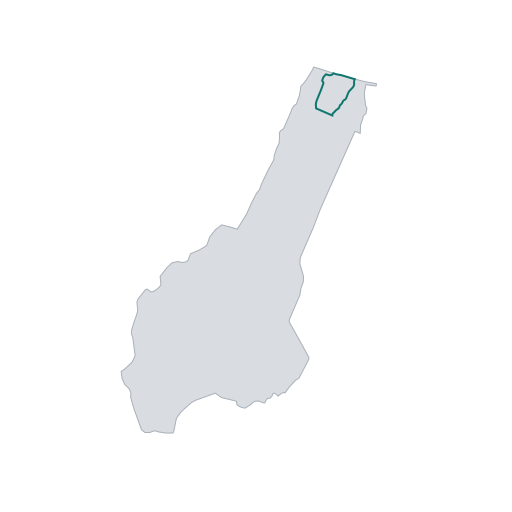 location of Atlantique within Benin, rotated 204°
{"feature_id": "BEN-2174", "entity_name": "Atlantique", "entity_type": "Department", "adm_level": 1, "iso_a3": "BEN", "parent_name": "Benin", "parent_adm1": "", "projection": "robinson", "projection_center": [2.175, 6.604], "detail": "fine", "context": "in_parent", "style": "outline", "palette": "teal", "viewbox_px": 512, "rotation_deg": 204, "n_neighbors": 0, "source": "natural_earth", "source_scale": "10m", "svg_char_len": 2654}
<svg xmlns="http://www.w3.org/2000/svg" viewBox="0 0 512 512"><g transform="rotate(204 256 256)"><path d="M216.1,462.4L215.4,460.1L225.3,457.2L223.2,448.4L217.1,438.0L214.7,436.1L213.5,430.9L215.0,427.5L214.3,425.2L213.8,418.2L210.7,410.5L216.3,410.1L216.3,385.3L216.3,361.4L216.3,341.0L216.3,324.9L215.2,305.6L215.1,291.4L214.9,272.8L212.9,266.9L204.5,257.0L202.3,251.9L201.9,245.1L200.0,238.1L199.9,225.9L199.7,211.6L199.0,209.4L189.9,202.6L177.1,193.0L167.4,185.6L166.7,185.1L165.7,183.3L167.1,161.6L169.2,158.8L172.3,149.9L173.8,142.7L175.2,142.7L177.2,140.4L178.8,136.9L180.5,137.7L183.3,138.3L184.6,137.1L184.4,134.5L185.4,131.8L187.6,130.6L188.2,128.2L188.2,125.4L190.2,124.7L193.5,124.8L196.1,123.9L198.3,122.5L201.1,116.9L202.7,114.9L203.2,113.5L204.8,112.3L209.1,111.7L212.7,112.2L214.9,115.4L230.1,112.6L237.3,114.2L252.0,100.1L255.3,96.0L259.8,86.0L261.3,82.2L262.7,75.4L259.8,62.7L259.9,60.5L266.0,57.7L273.6,55.6L276.5,55.4L278.4,54.4L281.2,51.6L285.7,49.6L288.4,50.3L290.0,50.7L305.9,67.4L312.9,75.8L314.7,80.2L318.3,83.3L323.6,85.2L328.4,89.5L332.2,95.6L329.7,99.9L326.0,108.8L325.9,115.8L334.8,130.4L335.8,131.9L338.1,134.2L339.3,136.9L340.4,144.1L341.0,152.2L341.7,157.7L346.0,165.4L346.3,168.5L343.4,180.0L342.7,181.2L341.9,181.5L337.3,180.5L335.3,181.8L332.8,185.7L331.3,189.6L331.2,191.2L335.3,198.4L332.7,208.9L330.1,215.4L325.3,219.1L321.1,220.0L318.1,221.7L316.4,224.0L316.7,231.5L310.4,238.2L307.0,243.0L305.3,245.9L306.0,254.6L303.8,263.5L299.9,270.5L291.3,272.0L284.0,272.9L281.6,290.7L281.7,301.9L281.0,313.5L279.8,318.1L280.3,324.8L279.8,339.7L278.8,351.5L280.1,354.6L280.9,361.6L280.8,368.7L282.7,373.7L284.7,378.0L284.6,380.3L283.6,381.7L282.6,383.5L282.7,400.4L283.0,405.4L282.5,408.6L280.9,411.3L281.6,419.8L282.8,425.2L284.1,429.3L282.9,432.6L281.8,437.0L280.2,448.3L280.1,452.2L255.3,454.9L227.7,459.5L216.1,462.4Z" fill="#d9dde1" stroke="#a8b0b8" stroke-width="1"/><path d="M259.6,454.4L256.5,454.7L251.8,455.9L237.7,457.7L237.7,457.1L237.5,455.9L237.0,454.2L236.1,452.7L235.9,450.6L236.2,449.2L237.5,445.5L237.8,444.5L238.0,443.7L238.1,442.3L237.9,438.5L237.8,436.7L237.9,436.1L238.1,435.5L238.5,434.7L238.8,434.3L239.3,433.7L239.4,433.3L239.5,432.6L239.5,431.3L239.8,429.6L240.6,427.8L240.5,426.5L240.4,425.6L240.5,425.1L240.7,424.4L241.6,422.7L242.0,422.1L242.3,421.5L243.2,418.8L243.6,418.0L243.9,417.0L243.4,415.4L261.1,415.3L263.1,419.0L263.7,421.7L263.9,425.6L264.1,432.8L264.2,434.8L264.6,440.9L265.3,442.2L265.6,442.3L265.9,442.4L266.2,442.6L266.9,443.1L267.2,446.2L266.9,447.8L266.0,450.4L263.2,450.8L261.9,451.2L260.9,452.0L260.2,452.7L259.6,454.4Z" fill="none" stroke="#0f766e" stroke-width="2"/></g></svg>